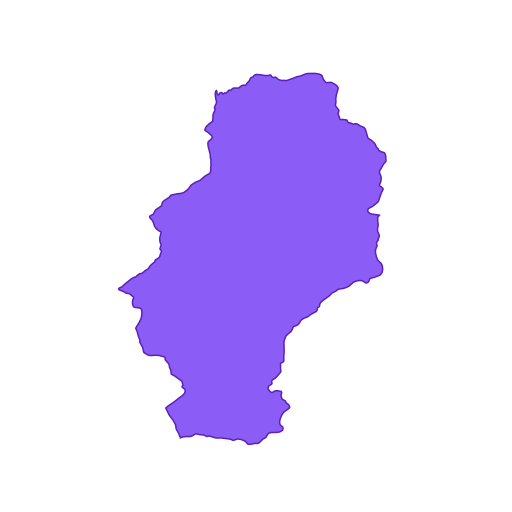 Caicedo, Antioquia, Colombia (Natural Earth projection), rotated 236°
{"feature_id": "7082276B63168909868721", "entity_name": "Caicedo", "entity_type": "district", "adm_level": 2, "iso_a3": "COL", "parent_name": "Colombia", "parent_adm1": "Antioquia", "projection": "natural_earth1", "projection_center": [-75.997, 6.426], "detail": "fine", "context": "isolated", "style": "filled", "palette": "violet", "viewbox_px": 512, "rotation_deg": 236, "n_neighbors": 0, "source": "geoboundaries", "source_scale": "gbopen_adm2", "svg_char_len": 6132}
<svg xmlns="http://www.w3.org/2000/svg" viewBox="0 0 512 512"><g transform="rotate(236 256 256)"><path d="M147.5,91.7L147.3,93.1L146.3,95.4L144.7,98.2L143.6,99.7L142.8,101.3L142.4,103.5L142.5,105.9L142.1,106.9L139.5,109.3L136.7,112.7L133.8,114.3L132.8,116.7L128.1,120.5L126.9,121.9L124.7,125.3L119.4,131.3L118.4,132.4L115.9,133.9L114.6,138.4L112.4,140.9L108.7,143.4L104.3,144.1L103.0,146.1L101.2,150.4L99.7,152.5L99.4,154.1L99.6,155.7L100.3,158.9L100.1,162.7L101.7,166.3L101.9,167.1L101.9,167.7L101.1,169.9L97.8,175.2L97.1,176.7L96.7,178.2L96.7,180.4L96.9,181.0L98.0,182.0L99.1,182.5L99.7,182.6L101.1,181.9L102.3,181.7L103.4,181.9L104.7,182.5L106.1,183.5L107.2,184.7L109.4,187.8L111.0,191.5L111.2,198.2L111.7,199.3L112.2,199.6L114.4,199.9L117.4,199.0L119.3,199.2L120.3,198.9L122.2,197.8L123.1,197.7L125.6,198.4L126.7,199.2L128.4,200.9L129.0,201.1L129.7,201.1L132.5,198.3L133.4,196.7L133.6,196.0L133.7,193.4L134.4,192.4L135.8,191.9L137.2,191.8L138.8,191.7L139.7,192.1L140.9,193.5L141.1,194.7L141.0,197.1L141.2,197.6L141.6,198.2L142.9,198.6L143.4,198.9L144.0,200.0L144.1,201.2L143.9,202.8L144.2,205.2L145.6,210.3L146.1,211.7L146.7,212.3L148.1,212.9L153.0,216.1L153.2,216.5L153.2,217.1L153.0,218.3L153.0,219.4L153.2,220.0L153.6,220.5L156.5,222.4L161.2,226.0L169.2,231.2L170.7,232.9L172.9,236.0L173.7,240.6L173.7,242.4L175.0,245.3L176.6,247.3L175.8,250.4L175.6,252.4L175.8,253.5L177.5,257.4L177.7,258.3L177.6,261.1L176.9,263.6L176.7,264.9L176.9,269.1L176.3,275.1L177.3,276.8L178.6,277.7L178.7,278.1L178.6,280.0L179.2,281.0L180.4,281.9L181.3,283.7L181.8,288.0L181.9,293.7L182.0,295.0L182.7,297.7L182.7,298.8L182.2,303.4L182.5,305.8L180.5,309.7L179.7,312.2L179.2,314.5L179.0,316.8L179.7,321.4L179.7,322.3L179.4,324.1L178.9,325.9L177.7,328.3L176.3,330.0L175.0,330.9L172.6,331.7L172.2,332.0L171.6,333.4L171.6,334.6L171.8,335.1L173.5,337.6L173.4,338.6L172.3,341.8L170.9,347.5L170.8,348.2L171.0,349.1L171.9,351.4L173.9,353.5L177.4,355.3L180.1,355.6L183.8,354.7L185.3,354.8L188.3,355.5L191.7,356.8L193.2,357.7L194.6,358.9L196.6,362.0L199.6,363.3L199.9,363.7L200.6,365.7L200.9,366.3L202.0,367.1L202.5,367.7L202.9,368.8L203.4,369.4L205.4,370.1L207.9,370.5L208.9,370.8L211.2,372.5L213.3,374.6L217.7,376.9L219.8,378.4L220.2,379.0L220.8,381.1L222.1,379.9L225.5,376.0L227.2,374.4L229.4,373.7L230.7,373.7L231.0,373.9L232.2,375.2L232.4,375.8L232.0,380.7L232.1,383.0L232.6,387.4L233.3,388.7L238.2,395.1L240.2,398.7L241.3,399.0L243.7,398.4L244.9,397.8L245.7,397.8L247.8,401.0L250.1,403.0L252.2,404.2L255.8,404.9L257.1,405.7L257.6,406.3L258.6,408.7L260.7,412.8L261.9,416.8L266.8,419.7L269.5,420.3L270.8,419.5L272.5,418.0L274.6,416.9L275.4,416.9L276.1,417.2L279.0,416.7L281.6,417.3L283.5,417.3L287.3,416.4L290.8,414.8L292.0,415.0L299.4,417.4L300.9,417.6L302.4,417.3L305.6,415.1L308.1,414.1L309.2,413.5L309.9,412.7L311.0,410.2L313.2,408.9L314.9,407.1L315.8,407.0L317.6,407.4L318.1,407.2L321.0,403.9L321.7,402.4L322.4,402.1L328.0,403.6L329.8,405.7L330.6,406.2L335.5,405.9L337.1,406.5L338.8,408.3L341.4,409.8L343.8,411.9L344.8,412.9L348.6,417.4L349.2,418.0L350.0,418.2L351.3,418.3L352.4,418.1L354.4,417.4L355.6,416.6L357.4,415.8L358.0,415.3L360.3,411.4L360.9,410.9L365.0,410.6L368.4,411.6L368.9,411.2L369.6,411.3L371.3,410.3L374.2,407.3L378.5,400.8L379.4,398.1L380.3,393.8L381.7,390.3L382.6,386.0L384.5,379.0L385.9,377.6L386.8,376.1L387.6,375.0L388.8,373.9L391.1,372.8L392.4,372.7L393.0,372.5L393.5,371.9L394.1,370.5L395.0,369.7L395.5,369.4L397.5,369.5L398.0,369.1L398.3,368.7L398.8,367.0L400.6,364.4L403.8,361.0L406.3,357.9L406.7,356.3L406.8,355.7L406.2,353.7L406.6,351.5L406.4,350.8L405.1,348.6L404.7,347.3L404.4,345.5L403.6,343.7L403.4,342.7L404.6,341.2L405.1,340.0L405.3,339.2L405.0,336.2L405.1,335.3L405.5,334.6L407.3,332.2L408.0,330.2L407.5,327.8L407.8,327.2L408.5,326.6L408.7,325.6L407.9,324.7L408.1,323.7L407.8,322.5L408.1,321.8L408.7,321.4L408.5,319.6L408.9,319.2L410.0,319.3L411.1,318.3L411.3,317.0L410.6,315.2L410.7,314.7L411.1,314.4L413.0,314.7L414.2,315.5L414.9,315.7L415.3,315.7L415.3,315.0L414.2,313.7L413.0,312.7L409.6,310.9L405.6,309.3L404.9,308.6L402.6,304.9L401.9,304.3L400.1,304.0L398.6,301.4L397.6,299.9L396.6,299.0L391.8,295.4L391.9,291.8L391.2,287.2L389.3,284.1L388.4,284.0L385.7,285.2L381.2,286.4L379.8,286.5L379.0,286.2L378.5,285.7L377.7,283.5L377.6,280.7L376.8,279.5L375.9,278.9L373.6,277.6L366.2,275.0L362.5,272.9L360.9,272.4L357.7,270.2L356.7,269.7L354.1,267.5L352.7,266.7L350.7,264.8L350.4,263.0L350.7,260.3L350.7,257.5L350.0,251.9L351.1,246.4L351.1,242.3L351.0,241.7L349.7,238.0L349.2,236.3L349.0,232.0L349.6,229.4L351.6,225.5L353.5,220.8L354.0,219.2L353.1,216.7L353.3,214.9L353.2,213.6L353.3,211.4L353.0,209.0L352.6,208.1L351.1,206.6L350.6,205.7L350.4,204.7L350.4,199.0L350.1,197.8L348.3,194.7L348.1,193.9L348.4,191.5L348.4,190.3L348.0,189.7L347.2,189.5L346.3,189.4L343.3,190.0L341.1,189.6L337.7,188.6L334.8,188.5L331.6,189.4L329.2,190.7L328.8,190.7L324.5,186.0L321.0,184.1L319.1,183.9L318.4,183.7L315.6,180.3L313.2,180.4L312.5,180.1L310.9,177.6L309.4,175.9L309.1,175.4L308.9,174.1L309.0,170.4L307.6,168.1L307.6,166.2L307.0,162.5L305.8,159.8L305.6,158.9L305.9,156.2L305.4,152.5L305.6,151.4L306.4,149.5L306.3,146.5L305.9,144.6L306.6,142.7L306.8,139.7L305.9,130.3L305.4,127.7L305.9,125.0L305.8,124.2L305.5,123.6L304.8,123.5L304.2,123.8L299.9,126.7L297.7,127.5L296.6,128.9L295.2,130.1L290.7,131.4L289.6,131.2L288.7,129.4L286.3,127.4L285.4,126.8L282.6,126.1L281.8,126.3L281.1,126.8L279.1,129.2L277.7,130.6L276.3,131.2L275.7,131.2L272.6,129.6L269.5,127.0L267.9,124.9L265.8,121.0L263.7,116.4L263.1,115.8L260.1,115.3L254.9,113.5L251.6,112.8L249.3,111.4L243.4,110.9L239.1,109.1L237.7,109.4L236.8,110.0L235.0,110.6L232.6,112.6L229.3,118.2L227.6,120.1L223.4,123.8L222.6,123.9L221.2,122.9L220.5,122.7L215.9,123.3L214.3,123.1L212.0,122.0L208.4,121.3L205.6,119.7L205.1,119.8L202.0,121.5L193.3,124.6L192.3,124.0L190.3,123.5L189.9,123.2L189.1,121.6L188.9,121.5L187.0,121.8L185.7,122.5L184.8,122.4L183.1,121.3L182.1,119.9L181.4,116.3L181.3,112.0L180.8,106.6L180.8,98.9L180.4,96.2L172.8,95.1L166.5,95.4L162.5,95.1L160.5,94.7L157.2,93.1L152.0,92.7L149.6,92.0L147.8,91.9L147.5,91.7Z" fill="#8b5cf6" stroke="#5b21b6" stroke-width="1.5"/></g></svg>